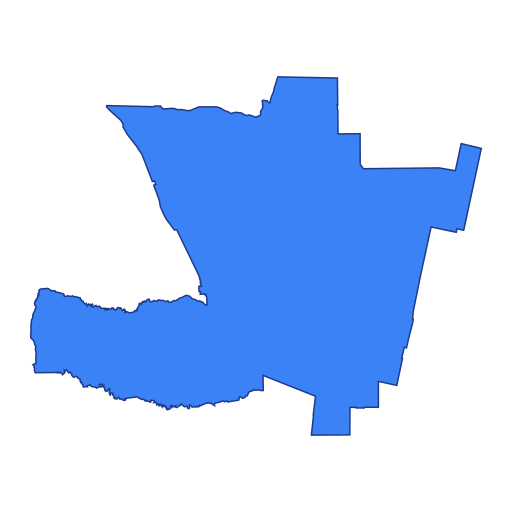 outline of Totoral, Córdoba, Argentina
{"feature_id": "61730980B56418772605079", "entity_name": "Totoral", "entity_type": "district", "adm_level": 2, "iso_a3": "ARG", "parent_name": "Argentina", "parent_adm1": "Córdoba", "projection": "albers", "projection_center": [-64.25, -30.717], "detail": "fine", "context": "isolated", "style": "filled", "palette": "blue", "viewbox_px": 512, "rotation_deg": 0, "n_neighbors": 0, "source": "geoboundaries", "source_scale": "gbopen_adm2", "svg_char_len": 5986}
<svg xmlns="http://www.w3.org/2000/svg" viewBox="0 0 512 512"><path d="M35.2,372.7L56.9,372.5L57.8,373.1L58.5,372.2L59.6,372.0L59.9,372.9L61.5,372.8L62.5,374.7L64.7,372.9L64.4,370.3L65.3,371.3L66.1,369.9L66.6,369.8L68.0,371.6L68.1,372.6L69.2,372.7L69.7,372.1L70.5,372.6L70.6,373.2L71.8,374.3L71.8,375.4L73.3,377.0L74.0,377.3L75.6,376.4L77.0,376.7L78.1,378.4L80.0,379.1L80.0,380.9L81.1,381.6L80.8,382.5L81.5,382.7L81.6,383.5L82.5,384.4L83.4,387.1L84.5,386.7L87.5,386.8L87.3,385.6L88.9,385.4L89.9,384.4L91.3,386.5L95.9,387.3L96.4,388.1L99.7,386.6L100.9,387.0L101.0,386.3L100.5,386.4L99.9,385.2L99.2,384.9L99.9,384.2L102.4,384.3L102.3,385.8L102.9,385.1L104.0,385.3L103.3,386.6L103.7,387.4L104.8,388.0L104.8,390.1L105.8,391.3L107.1,391.2L107.4,390.2L108.4,389.7L109.1,388.7L109.7,388.8L109.9,390.2L109.3,390.9L109.2,392.1L109.7,394.8L110.3,395.1L111.4,392.9L112.4,393.0L113.0,393.5L112.7,395.0L114.6,396.6L114.8,397.3L113.8,397.8L115.0,398.8L116.7,399.0L117.4,398.7L117.6,397.6L118.6,397.4L119.2,397.6L119.5,398.9L120.0,399.2L121.6,398.8L122.8,400.0L124.4,400.5L125.0,400.1L124.7,399.5L124.9,399.0L125.5,399.9L125.8,399.7L125.3,398.4L137.0,396.9L138.5,397.5L138.5,397.8L141.2,399.3L143.8,399.4L145.0,400.9L145.9,400.3L146.4,401.2L147.4,400.9L150.4,402.2L150.9,401.8L150.7,400.3L153.9,400.5L154.5,401.3L153.8,402.5L155.0,402.2L155.7,402.8L156.2,402.6L156.9,404.1L156.8,404.5L157.2,404.3L157.2,404.7L157.9,404.4L157.8,403.9L158.1,403.8L158.8,404.4L158.8,405.3L159.8,404.6L159.5,405.6L161.3,405.4L162.1,406.7L162.2,405.5L163.0,406.6L163.4,406.4L163.2,405.3L165.0,405.6L164.7,406.3L165.6,407.3L166.2,407.1L166.0,407.8L166.8,408.5L166.6,409.2L167.3,409.7L168.0,408.7L168.9,409.4L170.0,408.8L170.4,406.7L171.1,405.4L171.8,405.5L172.0,407.4L172.9,406.5L173.6,406.6L175.3,405.8L174.6,406.8L176.8,407.5L181.2,404.7L181.3,404.0L184.1,406.6L185.0,406.8L186.9,406.1L187.9,408.4L188.9,408.7L189.6,407.8L189.3,406.0L189.8,405.0L190.4,405.0L192.2,407.2L194.3,406.6L195.5,407.2L196.8,406.3L197.6,406.9L199.0,406.6L199.3,405.3L199.7,405.3L199.9,405.9L206.4,403.1L209.1,403.1L210.8,403.2L214.6,405.6L214.3,404.0L215.6,403.0L220.1,402.1L221.9,401.1L223.9,401.2L224.6,401.8L226.9,401.0L227.7,402.0L238.8,400.1L239.5,397.0L240.4,396.6L242.3,398.3L245.0,397.5L245.7,395.7L247.3,395.8L247.9,394.0L248.3,393.7L248.4,392.8L249.3,391.8L252.7,390.7L253.6,389.6L255.1,390.3L258.6,389.9L261.0,390.6L263.3,390.5L263.0,375.4L315.5,396.2L313.2,415.2L313.5,415.4L311.4,435.1L349.8,434.9L350.0,407.3L356.1,407.3L356.1,407.9L364.2,408.0L364.2,407.2L378.4,407.3L378.4,381.4L396.8,385.4L402.5,358.3L401.7,358.1L404.3,347.3L406.5,347.9L408.8,337.7L412.5,323.6L413.2,319.7L413.2,319.1L412.6,319.0L413.2,311.7L420.2,277.1L431.1,227.0L456.3,232.3L456.9,228.7L463.7,230.3L481.3,148.4L461.2,143.6L455.4,170.7L439.1,167.9L363.3,168.7L360.2,164.2L360.1,133.7L338.0,133.9L337.8,111.2L337.1,105.0L337.7,105.1L337.4,78.0L277.8,76.9L274.0,88.9L273.8,91.0L271.2,97.3L269.8,102.8L268.1,102.1L267.5,101.0L266.3,100.5L265.0,100.7L263.3,100.2L262.1,100.8L262.6,103.2L262.7,107.9L260.6,111.4L260.5,115.2L257.2,116.5L256.2,117.3L249.3,114.9L247.6,115.5L244.6,114.9L241.8,113.1L240.3,112.8L235.6,112.3L230.6,113.5L228.4,111.9L225.1,110.8L220.1,107.9L216.5,106.9L198.9,106.9L190.4,110.4L187.9,110.7L180.8,109.5L177.2,109.7L175.0,108.7L172.4,108.3L163.7,109.0L161.7,107.8L160.6,106.1L154.9,106.0L153.1,106.7L106.6,105.6L106.6,106.9L110.1,110.7L120.7,120.2L123.1,124.0L123.1,127.1L127.0,134.0L136.0,145.5L142.0,154.5L152.3,181.3L152.7,181.6L154.5,180.9L155.8,184.4L153.7,185.2L159.1,199.7L160.5,207.1L164.4,215.7L166.2,219.1L174.2,229.7L174.5,230.0L176.7,229.7L198.9,275.6L200.0,279.0L199.7,279.2L200.9,282.1L200.2,282.4L201.5,286.4L199.3,285.9L198.8,287.4L199.0,291.5L200.4,291.6L200.2,294.3L204.8,294.0L205.4,295.4L205.9,295.2L205.3,293.4L206.8,297.6L206.9,305.1L205.2,304.7L203.4,303.2L202.9,302.2L202.0,302.3L199.7,300.8L197.7,301.3L195.5,299.6L192.6,298.9L189.3,296.0L186.1,295.3L181.4,297.7L179.3,298.2L178.2,299.5L177.6,299.5L176.3,300.5L174.7,300.8L174.1,300.4L170.4,302.4L168.7,302.3L168.3,301.1L167.9,300.8L166.0,301.6L162.6,300.3L161.0,300.5L159.4,300.0L157.8,300.1L157.0,301.3L153.5,300.5L152.7,301.6L150.5,301.7L149.4,300.5L149.2,299.2L147.9,299.3L147.0,299.9L145.6,302.1L145.1,301.9L145.4,301.5L145.0,301.0L142.7,301.7L143.2,302.2L141.3,303.0L141.3,304.3L139.4,303.4L139.1,304.2L139.4,305.2L138.3,306.4L137.6,308.4L136.7,309.1L137.5,310.3L137.0,310.6L136.2,311.0L134.7,310.6L134.7,311.5L134.1,311.9L129.9,312.9L126.1,311.5L125.6,311.6L125.6,312.3L125.2,312.7L124.8,312.4L125.2,310.3L124.6,309.3L123.6,309.3L123.4,310.0L122.5,310.5L121.4,309.3L121.0,308.1L120.2,307.8L119.7,308.5L118.4,307.4L117.3,307.9L116.4,309.5L115.8,309.9L115.1,310.0L114.7,309.3L113.6,309.1L113.4,308.2L112.4,307.8L111.5,308.1L110.8,309.2L108.7,308.7L107.4,310.2L106.9,309.7L107.5,308.6L105.8,308.9L105.2,309.8L105.0,309.2L105.3,308.3L101.0,308.3L100.4,307.0L98.8,306.0L97.4,307.0L96.2,306.3L96.1,305.5L94.5,305.8L93.5,307.1L92.4,306.5L91.6,306.7L91.6,306.0L92.7,304.7L92.3,304.1L91.4,305.3L90.4,304.5L89.7,305.3L89.1,304.1L88.6,304.1L87.1,306.0L86.4,303.5L85.6,304.1L84.9,303.9L83.5,302.4L83.2,301.4L81.9,301.1L81.6,300.0L80.4,299.4L80.3,298.0L78.5,297.8L78.1,297.1L77.2,297.3L75.3,296.5L74.0,296.8L72.6,295.8L71.3,296.4L69.0,296.2L68.0,295.7L65.6,296.5L63.8,295.7L64.1,294.6L63.4,293.8L57.1,292.1L55.7,292.2L54.9,290.7L54.4,291.0L51.8,290.5L51.4,291.0L48.6,288.7L46.8,288.3L45.6,288.8L43.8,288.6L40.5,289.1L39.0,290.1L38.9,290.7L39.4,291.8L38.1,293.5L39.0,294.2L38.9,294.9L37.9,295.2L37.6,296.4L38.1,296.8L37.3,297.7L36.7,299.6L36.2,299.5L36.1,300.2L35.5,300.4L35.7,301.0L34.6,302.4L34.8,305.0L36.1,307.0L36.1,308.2L35.3,308.8L34.9,309.8L35.1,310.7L34.0,312.0L32.9,314.8L32.5,318.6L31.5,319.8L31.4,322.2L30.9,325.0L31.0,330.2L30.7,336.9L31.0,338.3L32.6,339.5L34.0,341.5L34.9,344.9L35.7,345.9L35.4,349.7L36.1,352.2L35.8,359.5L36.0,363.4L34.1,364.0L32.9,364.8L33.9,366.1L34.6,368.6L34.3,370.1L35.2,372.7Z" fill="#3b82f6" stroke="#1e3a8a" stroke-width="1.5"/></svg>